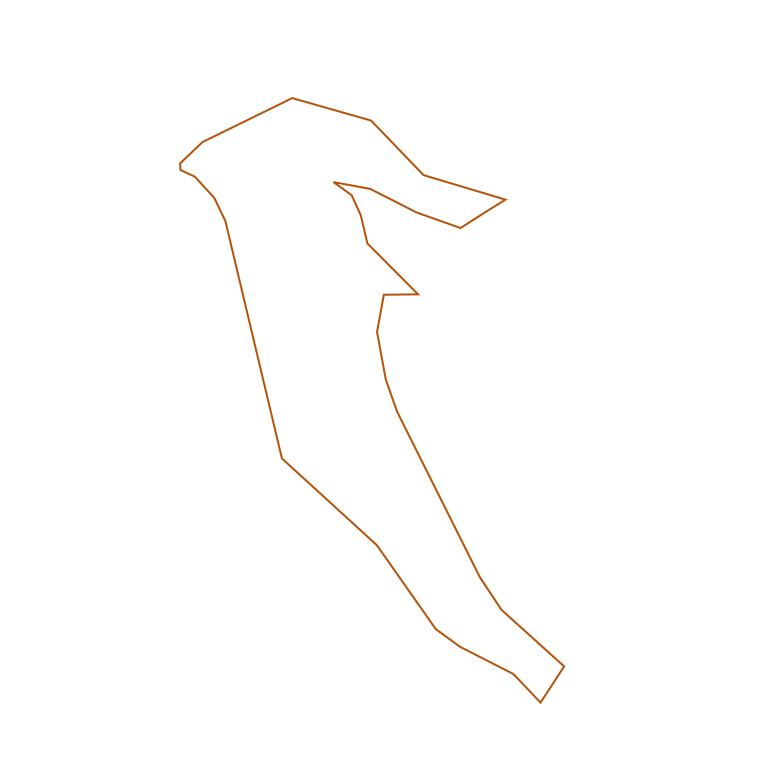 Trieste, Robinson projection, rotated 201°
{"feature_id": "ITA-5458", "entity_name": "Trieste", "entity_type": "Province", "adm_level": 1, "iso_a3": "ITA", "parent_name": "Italy", "parent_adm1": "", "projection": "robinson", "projection_center": [13.755, 45.694], "detail": "fine", "context": "isolated", "style": "outline", "palette": "amber", "viewbox_px": 768, "rotation_deg": 201, "n_neighbors": 0, "source": "natural_earth", "source_scale": "10m", "svg_char_len": 598}
<svg xmlns="http://www.w3.org/2000/svg" viewBox="0 0 768 768"><g transform="rotate(201 384 384)"><path d="M123.7,142.7L159.4,159.6L218.9,165.9L247.8,173.7L316.3,219.8L332.8,230.9L452.6,277.9L590.5,479.3L609.1,496.9L635.1,509.8L650.7,510.8L651.5,512.8L653.4,516.9L640.1,544.9L607.1,580.4L572.2,618.0L490.4,625.3L422.0,593.2L336.7,599.6L348.8,583.7L368.5,557.0L415.0,555.8L466.7,561.2L503.5,554.4L481.8,548.6L466.0,533.0L449.8,509.2L384.3,479.9L416.1,467.3L409.2,430.2L384.0,388.9L361.8,362.8L225.3,238.0L193.5,215.3L114.6,184.9L123.7,142.7Z" fill="none" stroke="#b45309" stroke-width="2"/></g></svg>